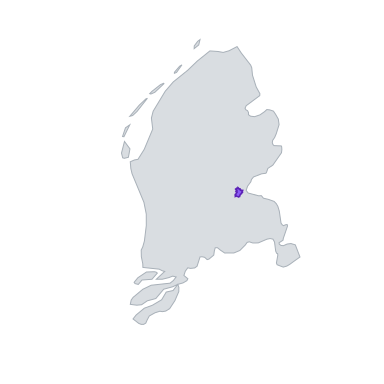 Nijmegen, Gelderland, Netherlands shown in context, rotated 323°
{"feature_id": "6326949B60970179001979", "entity_name": "Nijmegen", "entity_type": "district", "adm_level": 2, "iso_a3": "NLD", "parent_name": "Netherlands", "parent_adm1": "Gelderland", "projection": "robinson", "projection_center": [5.848, 51.843], "detail": "fine", "context": "in_parent", "style": "filled", "palette": "violet", "viewbox_px": 384, "rotation_deg": 323, "n_neighbors": 0, "source": "geoboundaries", "source_scale": "gbopen_adm2", "svg_char_len": 4680}
<svg xmlns="http://www.w3.org/2000/svg" viewBox="0 0 384 384"><g transform="rotate(323 192 192)"><path d="M239.1,308.9L232.6,308.7L226.4,308.6L223.1,308.2L219.7,306.9L218.1,304.4L216.2,301.3L216.7,299.5L222.5,294.1L223.3,292.7L222.7,291.9L223.3,289.5L227.8,281.6L228.3,278.4L226.4,276.2L223.5,274.8L214.2,272.5L209.8,269.2L207.8,266.3L205.7,265.4L202.7,266.4L195.0,267.5L188.8,265.9L181.4,260.4L179.7,255.5L178.8,251.8L177.0,250.5L174.5,252.4L171.4,255.5L165.2,255.8L163.4,255.1L163.1,253.4L162.8,251.8L161.1,249.8L159.3,248.7L151.4,254.3L148.5,254.3L144.8,252.1L143.0,250.0L139.0,251.2L135.3,253.8L136.5,258.8L134.6,259.7L130.1,259.2L125.1,257.2L119.4,256.0L110.9,252.6L99.0,255.3L90.8,252.0L83.9,251.7L79.7,249.1L75.1,244.6L78.4,241.7L81.6,240.7L94.2,240.1L103.3,241.9L119.6,251.6L123.8,251.5L128.2,250.3L126.0,247.6L121.9,246.4L115.8,243.8L111.0,240.2L122.4,239.0L120.9,237.1L119.4,233.9L107.4,222.7L109.5,219.7L112.6,213.2L116.5,207.8L119.5,206.3L124.5,202.5L135.3,191.3L142.2,182.1L147.4,171.3L155.1,141.4L157.3,136.4L160.9,130.7L165.4,131.8L168.5,133.4L179.5,129.2L198.5,118.1L204.1,108.5L209.6,104.1L231.3,95.4L243.3,92.8L261.8,92.2L275.1,90.6L291.2,90.1L297.3,95.4L300.9,99.3L306.6,101.5L315.5,103.0L315.0,110.7L315.2,126.0L314.5,128.7L310.6,135.1L306.5,146.7L305.4,154.3L304.1,155.8L287.2,155.7L284.8,157.0L284.5,158.7L285.3,160.6L284.9,162.6L283.6,164.2L284.4,166.7L287.3,169.5L292.7,171.3L298.4,171.5L301.4,171.2L303.5,173.2L305.7,176.4L305.5,180.3L304.8,185.7L302.1,190.6L294.3,196.2L290.8,198.2L287.5,199.3L285.9,200.8L285.2,202.7L285.4,204.3L291.0,208.9L290.8,209.9L289.2,212.3L287.1,214.5L272.7,219.2L266.8,218.8L263.4,221.1L262.3,221.5L258.6,219.4L250.2,217.0L247.0,217.8L245.2,219.2L239.9,220.8L236.2,223.3L236.2,226.6L242.9,235.1L245.2,236.7L245.3,239.9L248.6,243.9L251.9,248.9L252.3,252.0L251.9,255.2L250.2,259.8L244.4,270.4L244.3,272.4L244.8,274.0L246.8,274.4L248.4,275.2L247.9,276.6L237.0,284.0L235.6,285.3L231.0,284.9L230.3,286.2L230.9,288.2L232.7,289.9L236.6,290.8L240.0,292.7L242.7,296.4L239.1,308.9ZM125.1,257.2L124.1,260.3L121.5,263.6L112.9,268.5L104.0,271.7L99.4,271.3L96.3,269.7L94.6,267.9L89.8,266.2L83.3,265.3L79.2,267.2L76.2,268.9L73.7,268.6L71.8,267.2L70.4,264.9L68.5,257.9L73.4,256.6L84.0,256.1L92.2,258.6L102.9,259.8L111.2,256.4L117.6,259.3L125.1,257.2ZM107.5,228.5L113.8,232.9L115.1,234.3L115.5,235.9L107.5,237.6L99.1,232.2L93.5,233.5L91.4,230.9L91.4,229.3L97.2,227.9L107.5,228.5ZM168.4,120.2L162.1,126.0L158.3,124.4L157.2,123.0L159.1,118.5L168.5,111.0L168.4,120.2ZM196.5,94.6L190.6,95.2L187.9,94.1L202.2,90.9L211.2,89.9L212.8,90.3L196.5,94.6ZM234.8,88.6L222.3,90.0L218.1,89.0L217.4,88.0L220.8,87.5L231.5,87.3L234.8,88.1L234.8,88.6ZM182.7,100.9L170.9,106.9L169.9,105.9L177.5,100.7L182.7,100.9ZM285.9,78.6L280.0,78.8L281.7,76.7L287.2,75.1L290.1,75.1L285.9,78.6ZM260.5,84.4L251.6,87.2L249.4,86.6L250.0,85.8L257.8,84.1L260.5,84.4Z" fill="#d9dde1" stroke="#a8b0b8" stroke-width="1"/><path d="M224.3,220.9L224.3,221.0L224.1,221.3L223.9,221.6L224.0,221.6L224.3,221.7L224.5,221.7L224.8,221.7L224.9,221.8L225.0,221.8L225.0,222.0L225.3,222.5L225.4,222.8L225.5,222.9L225.6,223.0L225.8,223.2L225.9,223.3L226.0,223.4L226.1,223.5L226.2,223.8L226.3,223.7L226.4,223.8L226.5,223.8L226.7,224.0L227.1,224.2L227.3,224.3L227.5,224.1L228.2,223.7L228.3,223.6L228.2,223.5L228.8,223.1L229.0,223.1L229.3,223.1L229.2,223.0L229.3,222.9L229.5,222.9L229.8,222.9L230.0,222.9L230.3,222.9L230.8,222.8L231.0,222.7L231.5,222.7L231.7,222.8L231.9,222.8L232.0,222.8L232.1,222.7L232.0,222.4L231.9,222.3L231.9,222.2L231.8,221.9L232.0,221.8L232.3,221.7L232.6,221.6L233.0,221.6L233.1,221.4L233.3,221.3L233.5,221.2L233.4,221.1L233.2,221.0L232.8,220.9L232.8,220.7L232.7,220.5L232.7,220.4L232.5,220.2L232.3,220.1L232.2,220.1L231.9,219.9L232.0,219.8L232.1,219.7L232.1,219.4L232.1,219.2L232.2,218.9L231.8,218.7L232.0,218.5L232.2,218.3L232.1,218.2L231.9,218.2L231.7,217.9L231.7,217.7L231.5,217.3L231.5,217.1L231.5,216.9L231.4,216.9L231.3,216.6L231.3,216.4L231.2,216.5L231.2,216.3L230.9,216.4L230.7,216.3L230.4,216.3L230.3,215.9L230.0,215.9L229.5,215.9L229.2,215.9L228.8,215.9L228.5,215.9L228.5,216.1L228.8,216.2L228.9,216.3L228.9,216.5L229.0,216.7L229.0,216.8L228.9,216.9L228.8,217.0L228.7,217.2L228.9,217.2L228.8,217.3L228.7,217.5L228.4,217.6L228.1,217.6L227.7,217.8L228.0,218.0L228.3,218.2L228.1,218.3L228.2,218.5L228.3,218.5L228.2,218.7L228.1,218.9L228.0,219.0L227.9,219.2L227.8,219.3L227.7,219.5L227.4,219.5L227.1,219.3L227.0,219.5L226.9,219.5L226.7,219.6L226.4,219.8L226.2,220.0L225.8,220.2L225.7,220.2L225.4,220.1L225.3,219.9L225.2,219.9L225.0,220.0L224.8,220.2L224.8,220.3L224.7,220.4L224.6,220.5L224.4,220.8L224.3,220.9Z" fill="#8b5cf6" stroke="#5b21b6" stroke-width="1.5"/></g></svg>